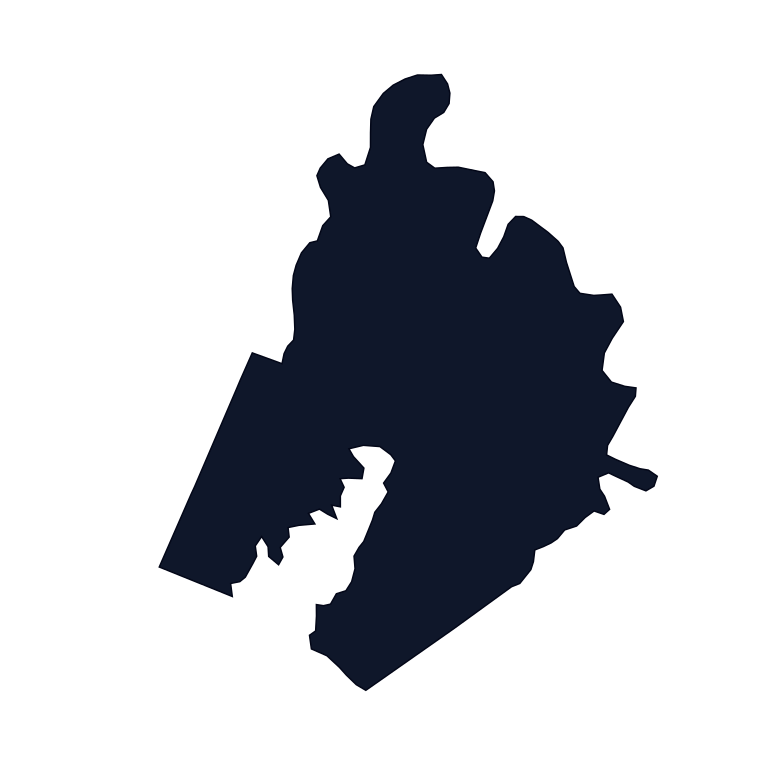 the district of Fênix, Paraná, Brazil, rotated 350°
{"feature_id": "56859067B81094551622524", "entity_name": "Fênix", "entity_type": "district", "adm_level": 2, "iso_a3": "BRA", "parent_name": "Brazil", "parent_adm1": "Paraná", "projection": "natural_earth1", "projection_center": [-52.026, -23.893], "detail": "fine", "context": "isolated", "style": "filled", "palette": "ink", "viewbox_px": 768, "rotation_deg": 350, "n_neighbors": 0, "source": "geoboundaries", "source_scale": "gbopen_adm2", "svg_char_len": 2324}
<svg xmlns="http://www.w3.org/2000/svg" viewBox="0 0 768 768"><g transform="rotate(350 384 384)"><path d="M558.9,550.4L568.8,545.5L578.0,550.6L584.4,546.6L581.7,532.8L578.3,525.0L578.6,513.0L589.7,510.5L596.2,515.1L607.4,522.9L612.7,528.2L623.4,534.7L632.1,531.5L637.1,522.3L629.4,514.7L621.4,511.9L611.4,506.6L598.8,498.3L590.9,492.5L593.5,483.3L600.3,475.3L620.7,449.3L629.4,439.8L631.5,431.6L620.7,428.1L608.3,421.6L601.1,408.5L606.4,391.7L616.7,378.6L630.6,364.1L630.3,349.4L624.1,335.1L613.9,334.1L606.0,333.2L592.7,328.7L588.2,321.0L584.8,295.9L583.9,281.0L580.3,273.8L572.0,263.3L557.9,248.3L550.7,243.4L542.7,241.9L534.0,248.3L527.5,259.8L519.5,270.1L509.6,278.4L502.5,276.1L497.9,266.0L505.2,252.4L515.7,234.7L522.9,222.5L526.3,213.0L526.5,203.8L520.3,193.5L494.8,183.4L483.9,181.7L471.5,180.3L464.5,173.0L463.8,155.0L470.2,140.5L479.8,130.9L490.0,126.9L496.8,119.1L499.4,109.0L498.7,99.5L494.3,89.2L483.9,88.1L470.6,85.5L457.7,87.3L444.9,91.3L433.8,97.7L422.1,109.0L417.1,120.9L414.4,134.1L411.8,148.6L403.2,164.9L392.6,166.1L386.1,160.8L379.7,149.8L367.9,152.5L358.7,160.3L354.1,167.2L355.6,179.4L361.1,193.5L360.6,210.1L351.2,217.4L343.2,231.5L335.5,232.0L325.5,240.5L318.1,251.8L313.6,261.4L310.2,274.1L308.6,285.6L307.6,300.6L305.7,314.6L302.6,325.0L295.8,330.0L290.9,336.7L287.1,346.3L259.7,330.5L243.0,355.4L237.7,363.6L179.8,452.0L174.8,459.2L130.9,525.2L197.7,566.9L198.3,553.8L207.7,553.6L213.9,550.1L223.8,537.9L228.7,531.5L229.1,521.1L237.0,513.0L241.6,524.1L240.5,533.8L248.8,543.7L254.4,536.8L253.4,526.9L264.0,518.3L264.6,508.7L275.7,508.4L291.6,509.8L287.1,498.3L298.7,496.0L306.0,502.5L314.1,508.4L311.4,494.2L319.7,497.4L321.6,486.6L326.8,478.8L324.3,469.6L332.6,470.5L345.9,473.4L349.6,463.3L341.3,450.2L338.2,441.7L353.0,440.8L369.1,444.9L378.4,454.8L381.9,461.7L375.4,472.8L366.4,481.5L369.4,491.0L360.7,501.5L352.7,508.7L349.0,516.0L342.5,526.4L336.7,535.6L331.1,540.5L324.6,548.3L323.4,560.9L317.8,573.1L310.6,581.0L300.7,582.3L293.1,591.5L285.9,591.8L279.1,589.5L277.2,600.8L273.8,615.3L267.0,618.5L266.5,632.3L280.6,641.7L290.9,655.3L296.5,664.3L304.5,675.3L312.9,682.5L409.9,637.2L474.4,605.8L483.1,604.0L490.7,597.3L496.4,592.3L500.3,584.9L503.7,573.6L512.7,571.8L521.0,569.5L527.9,566.4L536.6,559.1L549.0,557.3L558.9,550.4Z" fill="#0f172a" stroke="#020617" stroke-width="1.5"/></g></svg>